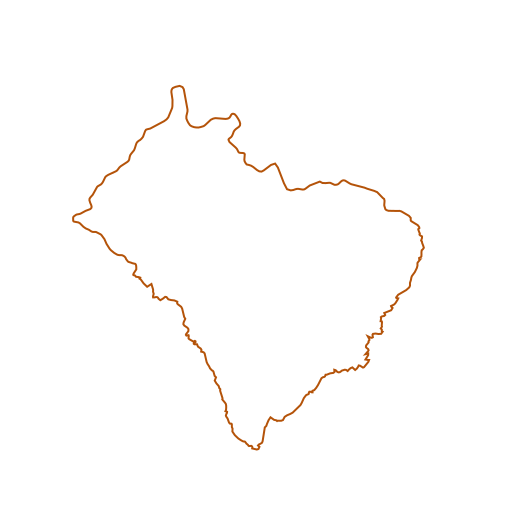 SVG path tracing the border of Bamingui-Bangoran, rotated 253°
{"feature_id": "CAF-806", "entity_name": "Bamingui-Bangoran", "entity_type": "Prefecture", "adm_level": 1, "iso_a3": "CAF", "parent_name": "Central African Republic", "parent_adm1": "", "projection": "robinson", "projection_center": [20.535, 8.397], "detail": "fine", "context": "isolated", "style": "outline", "palette": "amber", "viewbox_px": 512, "rotation_deg": 253, "n_neighbors": 0, "source": "natural_earth", "source_scale": "10m", "svg_char_len": 6113}
<svg xmlns="http://www.w3.org/2000/svg" viewBox="0 0 512 512"><g transform="rotate(253 256 256)"><path d="M273.9,133.1L275.1,133.9L278.2,137.6L280.5,138.3L282.2,138.6L283.2,138.5L283.8,138.2L285.3,135.6L286.0,134.8L287.6,132.4L288.2,131.9L290.9,130.9L292.6,130.7L293.5,130.3L294.1,130.0L295.3,128.9L296.0,128.0L296.8,125.5L297.4,124.3L298.0,123.5L300.4,121.3L304.0,118.9L305.8,118.1L311.3,116.6L316.4,116.0L321.3,114.3L322.2,113.7L325.6,110.2L325.9,109.6L326.7,107.1L327.1,106.4L327.8,105.6L330.0,103.8L332.1,101.3L334.4,99.5L338.7,97.2L340.0,96.0L342.1,92.0L342.6,91.6L343.2,91.5L345.7,92.2L346.6,92.6L347.2,93.5L348.0,95.9L348.1,96.8L347.8,99.2L347.8,100.5L349.0,106.3L349.3,111.1L349.7,112.0L350.2,112.7L351.2,113.2L352.7,113.3L355.4,113.0L358.1,113.0L359.5,113.6L360.5,114.8L362.3,117.8L368.4,124.1L368.9,124.9L369.8,128.7L370.6,130.1L371.7,131.4L375.5,134.9L376.2,136.2L376.8,138.4L377.9,146.3L378.2,147.7L378.9,148.9L380.6,151.2L381.4,152.9L383.6,160.5L384.2,161.8L385.1,162.8L387.9,164.3L389.2,165.2L390.2,166.4L392.8,170.3L394.4,171.6L398.2,174.2L399.4,175.3L400.4,177.3L400.8,179.0L401.7,180.9L403.0,182.8L407.9,186.5L408.9,187.7L409.0,188.8L408.8,192.1L411.8,207.5L412.8,210.4L414.2,212.6L422.1,219.1L423.8,219.9L429.7,221.8L437.6,223.0L439.3,223.7L440.4,224.7L441.0,225.7L441.3,228.5L441.0,232.7L439.0,235.1L436.6,235.7L416.0,233.3L414.2,232.7L410.1,230.3L407.8,229.6L405.4,229.8L403.2,230.2L400.4,231.1L399.6,231.7L398.6,232.7L397.3,234.5L396.4,236.4L395.7,238.5L395.5,240.7L395.5,243.7L395.7,244.6L396.2,245.9L399.5,252.6L399.9,255.1L399.8,256.7L399.6,257.8L396.0,266.9L395.7,268.6L395.7,269.9L396.1,271.2L396.9,272.2L398.3,273.6L398.8,274.5L398.8,275.6L397.9,277.0L395.7,278.1L392.6,279.0L389.7,279.6L387.3,279.6L385.6,278.9L384.6,277.6L383.3,273.9L382.5,272.3L381.5,271.1L379.0,269.2L377.8,268.1L377.0,267.0L376.0,264.4L375.5,263.8L374.6,263.7L372.7,264.0L365.6,268.3L363.8,269.1L360.7,269.6L359.9,270.0L359.3,270.9L358.3,273.7L357.5,274.8L356.6,275.0L351.5,273.0L350.0,272.8L348.3,273.1L346.3,273.8L344.9,276.2L343.8,277.7L341.9,279.4L337.9,282.1L336.0,283.9L335.1,286.0L335.6,288.5L338.7,297.0L338.8,301.3L334.2,302.8L317.4,304.0L310.8,305.2L308.6,308.4L308.2,311.0L308.3,313.2L308.2,314.9L307.8,316.2L305.9,320.0L305.6,321.4L305.8,322.7L307.7,328.0L308.5,338.8L306.4,340.9L305.4,343.7L304.6,347.5L304.2,348.5L301.2,351.8L300.7,353.3L300.6,355.0L300.9,356.1L302.5,359.3L302.8,360.2L302.9,361.4L302.6,362.3L302.0,363.3L298.1,366.7L296.8,368.1L289.6,379.8L287.9,381.9L283.5,388.4L282.9,389.0L281.7,390.5L274.3,394.3L273.1,395.2L271.3,395.1L270.2,394.7L267.7,393.7L266.7,393.4L263.0,393.4L261.8,394.1L260.5,395.9L257.7,404.5L257.2,406.4L256.2,408.0L249.7,414.0L247.2,415.1L245.0,414.4L244.4,414.4L243.4,415.1L238.2,419.7L236.3,420.4L235.6,420.5L234.8,420.3L234.4,419.2L233.8,418.9L230.4,419.1L229.8,419.3L228.6,418.6L227.6,419.1L226.2,420.5L224.7,420.0L222.4,418.4L221.5,418.9L219.8,418.7L217.2,418.9L214.8,418.9L213.7,417.6L213.0,416.1L211.2,415.3L209.1,414.7L207.2,414.0L206.7,413.3L206.4,411.4L205.0,411.1L204.3,411.1L204.3,411.4L202.4,408.6L201.7,408.2L199.6,407.6L197.5,406.3L194.2,403.2L191.2,399.2L190.0,398.3L187.7,397.1L185.3,395.4L182.6,394.6L181.2,393.4L179.5,389.7L177.4,380.7L175.4,377.9L174.9,377.9L174.5,378.4L173.9,379.6L172.7,378.5L170.2,375.6L169.6,374.6L169.1,373.4L168.7,370.5L168.1,370.5L166.4,371.4L164.6,369.4L164.0,362.0L161.8,362.3L161.2,361.1L161.4,358.6L161.0,357.5L159.8,357.4L157.2,356.1L156.8,357.1L156.0,357.2L152.7,355.9L151.6,355.8L150.2,354.1L148.9,354.8L147.3,354.3L146.6,355.0L145.0,352.9L145.6,350.3L146.9,347.6L147.3,345.1L146.7,344.4L144.1,344.0L143.9,342.8L144.6,341.6L146.6,339.4L143.7,340.0L142.5,339.9L141.5,338.6L140.4,338.4L138.3,335.2L136.8,334.5L135.9,334.8L134.1,336.1L132.9,336.1L132.3,335.5L130.1,332.0L129.9,334.8L128.4,334.3L125.0,330.4L123.8,332.7L123.5,333.7L121.9,332.5L118.1,326.8L118.0,325.7L120.7,323.4L121.3,322.2L120.5,321.6L118.9,319.6L118.0,317.5L121.3,315.6L121.1,313.6L120.1,311.4L119.2,310.0L120.7,308.9L121.3,307.7L121.3,304.6L120.7,303.2L120.4,302.1L120.6,300.9L121.4,299.9L123.5,298.8L124.3,297.6L122.2,297.2L121.6,295.8L122.1,292.6L121.8,288.9L122.1,287.8L120.7,286.8L120.4,285.8L120.5,284.5L120.0,282.9L114.5,277.6L112.3,275.0L110.7,272.5L110.6,270.6L109.1,270.2L109.3,269.5L110.2,268.5L110.6,267.4L110.1,266.7L108.8,266.2L108.5,265.3L108.4,263.7L108.2,263.1L106.1,260.2L102.2,256.8L100.5,255.0L95.5,245.3L94.9,242.4L94.6,239.2L93.8,236.4L91.2,233.8L91.1,231.8L92.2,228.5L92.0,227.9L93.0,227.3L94.0,225.4L97.5,222.7L95.3,220.0L92.1,217.3L90.5,216.2L89.5,214.3L77.0,208.2L75.7,207.2L75.2,205.6L74.9,203.6L74.2,202.5L72.5,203.5L70.7,201.9L70.7,200.2L73.1,196.1L74.1,196.6L75.0,196.6L75.8,196.0L76.3,193.7L76.9,193.3L77.7,193.1L79.4,192.0L81.5,191.3L81.9,190.9L82.2,190.0L82.8,189.1L84.4,187.6L86.7,185.7L90.8,183.4L95.0,182.1L97.8,183.1L99.4,182.9L102.2,183.7L102.8,183.5L103.3,182.1L104.6,181.5L108.9,181.3L111.1,180.6L112.1,180.5L113.4,181.3L114.5,182.4L115.5,182.8L116.5,181.4L117.7,182.4L119.5,183.1L121.5,183.7L123.3,183.9L124.7,183.5L128.7,181.8L129.7,182.4L137.7,182.3L138.7,182.8L139.2,182.9L140.2,182.3L142.6,182.3L145.7,180.9L148.9,180.1L151.7,182.3L153.4,181.4L158.0,181.5L159.0,181.0L159.5,180.4L162.0,179.2L164.2,178.9L166.9,178.1L169.1,177.8L177.9,178.4L179.3,177.7L180.6,175.6L182.1,176.4L183.6,176.1L186.3,174.0L188.8,173.8L189.5,171.5L189.9,171.0L190.3,170.8L191.1,171.2L191.4,173.0L192.1,173.2L192.7,172.7L192.5,171.4L192.8,170.8L195.9,167.9L196.8,167.4L197.6,167.6L199.1,168.3L200.0,168.3L200.2,166.2L201.1,165.9L201.9,166.5L202.8,167.9L204.0,169.4L205.8,170.0L207.4,169.5L210.4,167.1L211.9,166.6L213.0,167.0L214.2,167.8L216.6,170.0L218.7,169.5L227.3,170.0L229.3,169.6L232.9,167.0L234.0,166.8L235.3,167.4L237.4,164.9L238.7,161.9L240.2,159.5L242.9,158.4L243.5,157.2L242.4,154.4L241.7,151.6L243.6,150.3L244.9,150.0L245.7,149.3L246.0,148.2L246.1,146.7L246.5,145.5L247.5,145.7L249.7,147.1L251.9,147.1L253.6,147.7L254.4,147.8L259.8,147.8L258.4,142.9L262.7,140.5L267.4,138.9L268.4,138.0L269.2,138.9L270.1,137.7L271.2,135.2L272.8,134.5L273.5,133.3L273.9,133.1Z" fill="none" stroke="#b45309" stroke-width="2"/></g></svg>